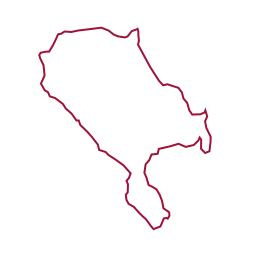 the district of Letymvou, Paphos, Cyprus, rotated 353°
{"feature_id": "46923920B68509889171305", "entity_name": "Letymvou", "entity_type": "district", "adm_level": 2, "iso_a3": "CYP", "parent_name": "Cyprus", "parent_adm1": "Paphos", "projection": "natural_earth1", "projection_center": [32.523, 34.848], "detail": "fine", "context": "isolated", "style": "outline", "palette": "rose", "viewbox_px": 256, "rotation_deg": 353, "n_neighbors": 0, "source": "geoboundaries", "source_scale": "gbopen_adm2", "svg_char_len": 1539}
<svg xmlns="http://www.w3.org/2000/svg" viewBox="0 0 256 256"><g transform="rotate(353 128 128)"><path d="M48.8,44.8L49.4,48.4L51.8,55.3L51.6,65.8L47.0,73.3L49.9,80.4L53.0,82.8L54.2,87.0L59.3,89.4L62.9,92.9L66.3,96.2L68.7,101.2L73.7,106.8L77.8,114.3L80.0,114.5L81.0,119.2L83.4,122.1L87.0,126.6L90.9,132.2L92.6,135.1L96.0,140.7L96.7,146.3L102.9,149.1L105.3,152.4L111.1,157.2L118.9,164.4L122.2,169.2L125.1,173.3L122.8,177.8L120.1,180.2L121.1,183.9L119.9,191.8L117.7,194.0L117.7,199.1L119.4,203.4L124.3,207.1L126.0,209.7L128.5,213.2L131.1,216.6L134.6,220.6L136.2,223.3L138.9,228.3L141.1,231.5L143.7,230.8L148.1,229.7L149.6,227.3L152.5,222.1L155.2,222.0L156.4,222.8L158.4,220.2L158.6,216.7L153.4,212.0L152.9,204.4L151.2,197.8L148.8,192.4L145.4,189.6L141.5,187.1L140.3,179.5L138.8,174.5L141.1,166.1L145.2,162.5L148.1,157.2L154.3,157.2L156.0,152.5L167.6,151.3L176.2,149.8L183.0,153.8L191.2,152.9L196.2,149.1L198.0,146.2L199.2,148.5L198.0,157.5L201.5,162.2L206.0,161.0L208.2,152.0L209.0,146.7L207.3,141.9L205.8,137.6L205.3,130.7L208.0,126.2L206.9,120.0L205.9,121.9L201.4,123.2L193.4,122.5L191.0,117.9L189.8,110.3L186.6,105.4L185.9,99.5L183.0,94.3L172.4,89.4L168.1,89.9L164.5,84.9L157.5,70.3L152.5,57.6L150.8,53.3L148.1,46.4L149.5,42.6L149.6,37.1L150.0,33.1L149.6,30.8L149.2,31.0L143.5,32.3L138.7,37.1L136.0,37.7L129.2,35.8L125.1,33.4L120.6,28.9L113.8,25.2L106.6,25.2L98.9,25.2L89.8,25.2L83.5,25.8L76.8,24.5L73.1,26.3L70.0,26.5L66.9,31.7L63.2,37.3L59.0,42.6L56.4,42.2L50.4,42.7L48.8,44.8Z" fill="none" stroke="#9f1239" stroke-width="2"/></g></svg>